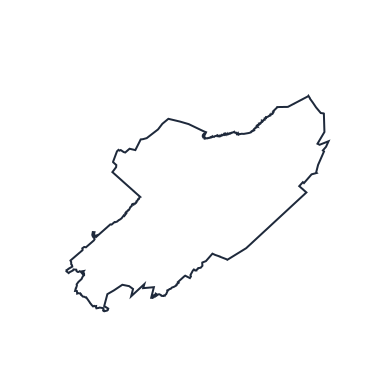 outline of Ropažu pag., Ropazu, Latvia, rotated 324°
{"feature_id": "27541924B37788999890601", "entity_name": "Ropažu pag.", "entity_type": "district", "adm_level": 2, "iso_a3": "LVA", "parent_name": "Latvia", "parent_adm1": "Ropazu", "projection": "robinson", "projection_center": [24.589, 56.979], "detail": "fine", "context": "isolated", "style": "outline", "palette": "slate", "viewbox_px": 384, "rotation_deg": 324, "n_neighbors": 0, "source": "geoboundaries", "source_scale": "gbopen_adm2", "svg_char_len": 5912}
<svg xmlns="http://www.w3.org/2000/svg" viewBox="0 0 384 384"><g transform="rotate(324 192 192)"><path d="M181.4,119.3L179.9,120.1L170.8,124.8L166.9,120.3L161.2,120.8L160.2,119.5L159.0,116.2L157.7,115.9L157.3,114.7L155.2,115.0L146.0,121.1L145.7,121.5L146.6,125.7L145.2,127.3L139.3,129.1L147.2,165.5L146.4,165.3L146.2,165.6L145.1,166.4L144.6,166.4L144.2,166.1L143.0,166.7L142.9,166.9L141.5,166.9L141.4,167.4L141.2,167.6L140.4,167.9L139.8,167.7L139.3,168.0L138.9,168.0L138.3,167.4L137.3,167.9L137.1,167.4L137.2,167.2L136.9,166.8L136.2,166.8L134.8,168.0L134.6,168.0L134.6,167.8L133.2,168.0L130.8,169.3L130.3,169.4L129.9,169.1L128.2,169.8L127.6,169.3L125.7,169.9L126.1,170.7L123.2,171.6L123.1,170.8L119.5,171.9L117.0,171.9L116.3,171.7L114.1,171.9L112.1,171.3L111.7,170.8L107.8,171.1L106.9,170.2L88.3,172.0L88.4,171.6L87.6,171.4L87.7,171.1L87.2,171.2L88.2,170.8L87.8,170.7L88.2,170.4L87.4,169.9L87.4,169.7L87.2,169.5L87.3,169.1L89.5,167.2L88.2,166.1L86.1,168.1L85.6,169.8L86.5,170.3L86.3,171.0L85.7,171.4L85.8,171.8L85.4,173.0L84.1,173.5L73.7,174.4L72.5,173.1L70.1,173.1L69.6,174.4L69.3,174.7L53.4,176.0L53.1,177.6L51.8,179.5L51.9,180.7L51.3,182.0L46.9,181.5L46.7,181.7L44.5,181.5L44.4,182.1L43.8,182.4L44.6,185.1L45.5,184.9L49.6,185.5L50.6,185.0L52.7,186.8L52.1,188.3L52.6,189.5L53.3,190.0L54.7,190.1L55.1,191.1L55.2,192.5L55.7,192.6L56.1,192.4L56.0,191.5L56.2,191.4L58.0,192.3L56.8,192.7L56.5,192.9L56.7,193.3L55.3,194.1L55.3,194.3L55.7,194.9L56.4,195.0L55.8,195.9L54.2,196.0L51.5,197.5L47.2,198.0L44.4,198.9L44.0,199.9L41.8,201.6L41.5,201.5L39.3,203.3L40.6,204.1L40.7,204.4L39.4,206.7L40.6,207.0L41.6,208.2L42.0,208.3L41.8,209.6L42.1,209.6L42.0,210.8L42.2,212.4L43.4,213.6L44.0,215.0L44.5,215.1L44.4,221.4L44.3,221.7L44.4,223.1L44.4,224.4L44.7,226.4L45.9,226.6L46.2,227.3L47.4,227.9L46.5,229.0L46.3,229.9L48.3,230.9L49.4,231.2L52.0,233.9L51.6,234.5L50.9,235.2L51.3,235.4L51.2,235.9L50.6,236.4L50.9,236.9L52.8,237.7L53.6,237.8L53.7,238.0L54.5,238.0L55.7,237.1L53.9,232.7L63.5,224.9L71.0,225.7L81.1,226.1L85.8,231.2L87.3,235.8L81.5,240.6L99.3,238.5L96.0,241.1L105.2,246.6L96.8,253.6L97.8,254.5L99.2,253.6L99.5,252.9L101.8,253.4L102.3,253.4L102.9,252.9L103.3,253.8L100.2,253.3L98.8,254.1L99.1,254.5L99.7,254.2L100.4,254.9L100.8,254.7L101.7,254.7L101.9,255.0L104.0,255.0L105.0,255.2L105.5,255.6L105.9,256.4L106.3,257.2L106.2,257.9L106.3,258.1L107.7,259.3L108.1,259.1L109.0,259.5L109.1,259.9L110.0,259.5L111.0,259.5L113.9,257.8L114.0,257.2L114.4,257.0L115.1,257.5L116.7,257.3L117.8,257.8L119.5,257.5L121.6,258.1L124.2,258.4L125.0,258.2L125.1,257.7L127.8,257.6L127.6,256.6L136.0,255.7L137.3,255.7L139.7,260.4L141.5,259.7L141.9,258.3L146.5,256.1L147.3,255.9L148.0,255.8L148.4,257.4L149.5,258.1L150.1,257.5L151.2,257.7L152.3,257.2L154.5,258.4L157.1,257.8L158.6,255.3L158.9,255.1L162.6,256.1L172.3,253.9L173.8,256.6L176.5,260.4L176.4,260.5L180.6,267.0L180.7,267.6L202.8,269.3L284.3,259.6L282.2,250.3L287.5,249.2L287.8,250.6L299.1,248.0L304.1,249.9L304.0,249.1L309.9,244.2L322.6,236.8L322.3,235.3L327.0,234.2L332.3,231.2L323.0,228.8L321.9,226.7L334.4,221.3L344.7,206.2L344.5,205.9L344.6,205.7L342.6,203.8L342.1,196.4L342.3,190.7L342.3,185.9L342.5,185.6L342.7,182.6L342.2,182.8L319.6,179.5L310.9,173.4L310.7,173.6L305.8,174.3L306.0,174.5L305.7,174.6L304.9,175.3L304.3,175.3L304.3,175.6L304.1,175.7L302.5,175.8L302.5,176.0L301.5,175.8L300.5,176.0L300.3,175.9L300.2,176.1L299.9,176.0L300.0,175.8L299.6,176.0L299.3,175.9L299.2,175.7L297.5,175.7L296.7,175.3L296.3,175.5L295.8,175.4L295.7,175.2L295.4,175.6L295.1,175.2L294.6,175.4L294.2,175.2L294.0,175.7L293.1,175.7L293.1,176.0L292.7,175.8L292.4,175.8L292.2,176.1L290.8,176.1L290.7,175.9L290.6,176.2L290.4,176.1L290.4,176.3L290.0,176.4L289.9,176.3L289.7,176.5L289.2,176.2L287.9,176.6L287.6,176.3L287.1,176.2L287.0,176.5L286.6,176.2L286.5,176.6L286.2,176.6L286.4,176.8L286.0,176.8L286.0,176.5L285.7,176.6L284.9,176.4L284.9,176.7L284.6,176.8L284.0,176.7L284.1,177.0L283.4,176.9L283.2,176.9L283.2,177.1L283.0,176.8L282.7,177.1L281.8,177.3L281.8,177.5L281.2,177.3L281.0,177.6L280.6,177.6L279.5,177.5L279.2,177.6L279.2,177.8L278.6,177.9L278.4,178.0L278.1,178.2L278.2,178.5L277.6,178.4L277.8,178.1L277.6,178.0L276.9,178.0L276.7,178.1L276.8,178.3L276.3,178.2L275.9,177.9L275.3,178.3L274.8,178.1L274.5,178.3L272.7,177.7L268.0,175.4L266.3,174.0L265.1,173.5L264.8,173.2L263.9,173.0L263.9,172.6L263.3,172.9L263.2,172.7L263.6,172.5L263.7,172.0L263.4,172.2L263.1,172.0L263.0,172.4L262.6,172.1L262.8,171.7L262.3,171.5L262.7,170.6L263.0,170.8L262.9,170.5L262.2,170.3L262.0,170.5L262.2,169.9L262.0,169.7L261.8,169.6L261.7,169.3L261.6,169.1L261.4,169.0L261.6,169.0L261.1,168.5L261.2,168.4L260.9,168.1L261.0,168.0L259.2,167.6L259.3,167.5L259.1,167.3L259.4,167.1L258.8,167.2L257.1,167.2L256.8,166.7L256.3,166.8L256.2,166.6L256.4,166.4L255.8,166.2L255.6,166.2L255.6,166.6L254.7,166.5L254.4,166.2L254.5,166.1L254.1,165.9L254.2,165.7L253.9,165.8L253.3,165.1L253.3,165.3L253.0,165.3L252.9,165.4L252.8,165.1L252.9,164.9L252.6,164.9L252.7,164.7L252.3,164.8L252.3,164.5L251.8,164.2L251.5,164.3L251.5,164.1L252.0,164.2L252.1,163.8L251.4,163.9L251.3,163.5L251.2,163.9L251.4,164.0L250.9,164.1L250.2,164.0L249.8,163.4L249.2,163.9L248.7,163.7L248.6,163.4L247.8,163.6L247.2,163.3L247.3,163.0L247.1,162.8L246.6,163.0L246.3,162.7L246.9,162.3L246.2,162.0L246.7,161.7L246.3,161.8L245.9,161.5L245.9,161.3L245.5,161.4L245.4,160.9L244.8,160.9L243.4,160.3L242.4,160.4L241.7,159.6L241.5,159.8L241.1,159.6L241.1,159.2L240.7,159.4L240.1,158.9L239.7,159.2L239.3,159.0L239.4,158.9L239.1,158.9L239.0,158.6L238.7,158.7L237.8,158.2L237.4,158.3L236.5,157.7L236.1,157.7L235.8,157.3L234.6,156.8L234.6,156.5L234.1,156.4L234.4,155.9L233.6,155.7L233.9,155.0L233.4,154.5L234.8,153.8L233.6,153.6L233.5,153.1L234.3,152.3L235.7,151.9L236.5,152.3L237.6,152.4L238.5,151.9L237.2,149.9L229.2,135.1L223.7,128.0L215.9,118.9L208.1,119.4L201.3,121.4L187.0,121.8L183.3,120.4L181.4,119.3Z" fill="none" stroke="#1e293b" stroke-width="2"/></g></svg>